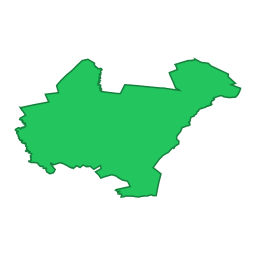 the district of Ķoņu pag., Nauksenu, Latvia
{"feature_id": "27541924B96049400347386", "entity_name": "Ķoņu pag.", "entity_type": "district", "adm_level": 2, "iso_a3": "LVA", "parent_name": "Latvia", "parent_adm1": "Nauksenu", "projection": "equal_earth", "projection_center": [25.349, 57.938], "detail": "fine", "context": "isolated", "style": "filled", "palette": "green", "viewbox_px": 256, "rotation_deg": 0, "n_neighbors": 0, "source": "geoboundaries", "source_scale": "gbopen_adm2", "svg_char_len": 5504}
<svg xmlns="http://www.w3.org/2000/svg" viewBox="0 0 256 256"><path d="M67.3,74.3L60.5,81.0L56.6,85.6L58.6,92.7L45.3,94.3L48.8,102.0L34.5,104.7L21.4,107.5L20.3,107.4L21.2,108.4L20.8,108.5L22.1,110.4L22.3,110.3L25.6,115.1L20.0,118.3L20.0,118.6L20.2,118.9L20.2,119.0L19.9,119.1L19.7,119.4L20.1,119.8L20.9,119.9L21.5,119.8L22.3,120.0L22.5,120.7L22.2,120.9L23.0,121.2L22.7,121.5L22.3,121.5L22.6,121.9L22.5,122.0L22.5,122.4L23.2,122.8L23.2,123.0L24.0,122.8L24.0,123.2L24.3,123.4L24.9,123.6L25.2,123.3L25.4,123.4L25.5,123.6L25.0,123.9L24.7,124.0L24.8,124.3L24.5,124.4L25.1,124.8L25.1,125.1L25.7,125.5L25.8,125.8L25.2,126.1L24.8,126.9L23.5,127.0L23.7,127.5L23.7,127.8L23.3,127.9L22.5,127.5L21.8,127.5L21.4,127.8L21.4,128.4L20.6,128.9L20.3,128.9L19.9,128.0L18.3,127.7L17.6,128.3L16.7,128.6L15.5,129.5L15.4,129.6L15.4,130.1L16.1,130.6L16.5,131.2L16.8,131.2L17.4,131.1L17.8,131.2L18.1,131.5L18.0,131.9L16.9,132.5L16.7,133.0L16.8,133.4L17.7,134.2L18.2,134.9L18.3,135.7L18.1,135.7L18.0,135.9L18.2,136.2L18.3,136.5L19.2,137.3L18.7,138.3L19.4,138.7L19.6,139.3L19.5,139.7L19.6,139.9L20.0,140.1L20.5,139.9L20.9,140.0L21.1,140.1L21.2,140.5L20.9,140.7L21.3,140.9L21.8,140.4L22.3,140.4L22.5,140.5L21.9,141.9L21.6,142.1L21.6,142.3L22.1,142.8L24.5,143.7L24.7,143.4L24.3,143.0L25.1,142.8L25.6,143.0L26.0,144.3L25.7,145.2L25.7,145.9L25.8,146.2L26.7,146.8L26.6,147.4L26.9,147.8L26.7,148.2L26.6,148.8L27.2,149.5L26.0,150.5L25.6,151.0L25.9,151.4L26.2,151.4L27.3,151.1L28.1,150.5L28.4,150.5L28.7,150.9L28.7,151.4L29.7,151.8L29.5,152.0L28.5,152.1L28.4,152.4L28.7,152.8L29.6,153.1L30.5,153.1L31.0,153.3L31.2,153.8L31.7,154.0L30.4,156.0L30.5,156.3L31.2,156.8L31.2,157.0L31.3,157.4L31.2,157.5L30.7,157.7L31.1,158.6L31.0,159.2L31.1,159.5L30.8,159.6L30.8,159.9L31.0,160.2L30.7,160.7L30.3,160.8L30.4,161.3L28.8,161.1L28.8,161.4L29.0,161.7L30.1,162.0L30.8,162.4L31.7,162.6L32.9,162.5L34.3,162.5L35.8,162.8L37.1,162.9L37.6,163.1L37.9,163.6L38.4,164.4L40.1,166.2L40.9,166.5L42.3,166.2L42.8,166.3L43.1,166.6L43.2,168.2L43.4,168.5L44.6,168.3L45.6,168.1L46.2,168.3L46.4,168.5L46.4,168.9L45.9,169.8L45.9,170.0L46.7,171.5L46.9,172.0L47.4,172.4L48.4,172.7L49.2,173.5L49.6,173.7L51.2,173.5L52.0,173.2L52.6,172.8L53.4,172.8L55.2,169.5L53.6,167.8L50.6,163.4L50.8,163.2L52.6,164.0L53.7,164.8L59.3,162.9L60.5,162.8L61.6,163.2L61.8,163.0L67.4,165.7L70.1,167.4L70.5,167.3L71.7,168.0L72.4,167.5L73.3,168.5L76.6,165.8L80.1,167.5L83.1,165.0L86.6,166.8L87.3,166.2L88.0,166.7L90.1,166.2L93.8,169.3L100.4,165.5L100.8,166.3L101.0,168.7L95.5,171.9L98.6,174.8L100.9,178.1L105.0,176.6L111.9,174.7L116.6,176.2L117.8,177.3L118.9,177.9L118.8,178.0L122.6,180.1L127.4,181.2L128.3,182.6L130.2,186.6L116.1,189.6L115.5,190.2L116.6,190.8L117.4,191.2L119.8,191.5L119.8,191.8L117.7,192.2L118.2,194.0L121.4,194.2L121.8,194.9L121.3,196.2L121.0,197.0L123.0,196.9L126.3,196.0L133.6,196.2L135.4,196.7L139.0,197.0L141.1,196.4L143.1,196.1L145.7,195.9L147.2,196.0L147.9,195.8L150.5,194.9L151.2,194.8L151.8,194.9L152.3,195.3L153.5,195.7L155.8,195.5L156.1,195.6L156.7,192.7L156.8,191.8L158.9,181.9L161.0,173.9L153.1,167.6L159.1,159.4L162.5,155.9L163.8,154.8L168.3,152.4L172.4,147.8L173.7,148.4L174.3,147.9L174.5,147.6L174.3,146.7L178.7,143.9L178.9,141.2L176.6,139.2L176.6,138.0L176.9,136.0L180.6,131.4L181.1,130.0L181.4,129.7L181.6,128.7L182.0,128.1L181.9,127.9L183.8,127.0L185.3,126.6L187.1,125.7L188.2,125.8L189.8,125.0L189.8,124.6L190.0,124.2L189.4,123.5L189.6,123.0L188.8,122.5L188.7,122.4L188.8,122.1L190.1,121.1L190.3,119.4L191.0,117.2L191.6,116.9L194.0,116.2L194.0,115.4L196.4,113.9L196.9,112.7L197.0,112.2L197.2,111.5L198.4,111.1L198.6,110.4L199.7,109.1L200.7,108.7L201.3,108.3L202.0,108.4L202.5,108.3L202.8,108.0L205.7,107.2L206.3,106.4L208.2,106.1L208.4,105.7L208.6,105.6L209.2,105.6L209.7,105.6L209.9,105.4L210.9,105.3L210.9,104.9L211.8,104.2L210.7,103.7L210.6,103.4L211.0,103.2L210.9,102.7L211.4,102.2L211.6,101.9L211.5,101.4L211.9,101.1L212.1,100.6L213.0,100.5L213.1,100.3L213.4,100.1L213.4,99.7L213.6,99.5L214.3,99.5L214.4,99.2L213.7,99.0L213.6,98.5L213.4,98.3L213.6,98.1L213.7,97.9L214.1,97.9L214.8,97.5L219.9,95.8L222.2,95.7L223.8,96.8L229.3,97.6L235.6,97.1L235.9,96.9L238.0,94.5L239.7,91.1L240.6,88.3L231.1,84.8L235.5,83.4L228.2,76.8L228.3,74.1L210.9,65.9L208.3,63.3L201.2,62.4L194.8,59.0L195.1,59.8L191.9,60.3L191.9,60.6L188.3,60.5L175.1,64.5L175.7,65.3L176.7,67.9L177.4,69.4L176.2,70.0L171.2,72.0L170.3,72.2L169.3,72.7L170.0,74.7L170.0,74.8L173.5,82.6L175.6,88.0L176.1,88.2L176.9,88.8L178.5,89.5L179.6,90.4L166.7,88.6L164.1,88.1L160.2,88.0L131.1,85.2L124.8,84.8L120.4,93.6L116.8,93.5L101.8,91.6L102.0,91.3L101.9,91.2L101.0,91.0L101.2,90.7L101.0,89.9L100.8,89.8L100.3,90.0L99.9,89.9L99.9,89.7L100.1,89.5L101.3,89.1L101.5,89.0L100.8,88.4L99.9,88.3L99.6,88.0L99.9,87.7L100.7,87.5L100.7,87.4L100.0,86.9L100.5,86.4L100.4,86.1L100.7,85.3L100.6,85.0L100.1,84.9L98.5,85.0L98.6,84.9L98.9,84.7L98.0,83.7L98.8,83.5L98.9,83.4L98.6,83.0L98.8,82.8L99.4,82.6L99.3,82.4L98.7,81.9L99.4,81.7L99.0,81.4L98.9,81.1L99.9,80.7L99.3,80.4L99.0,79.3L99.3,79.1L100.2,78.8L100.5,78.4L100.3,78.1L100.4,77.6L100.2,77.4L99.3,77.6L99.1,77.5L99.2,77.2L100.0,76.6L100.3,75.8L100.1,75.4L99.2,74.7L99.2,74.4L99.5,74.2L100.7,74.2L100.9,74.1L100.6,73.4L101.0,72.7L100.5,71.1L100.6,70.8L100.9,70.4L101.9,70.0L102.0,69.7L101.5,69.5L101.6,69.1L101.4,68.7L100.7,68.4L100.0,68.5L98.6,69.0L97.9,68.7L97.4,67.7L96.2,67.3L96.0,66.7L95.4,66.5L95.0,66.1L95.0,65.7L94.1,64.4L94.5,63.2L87.9,59.3L82.2,60.6L76.7,65.8L71.5,71.1L71.4,71.0L68.2,73.7L67.3,74.3Z" fill="#22c55e" stroke="#15803d" stroke-width="1.5"/></svg>